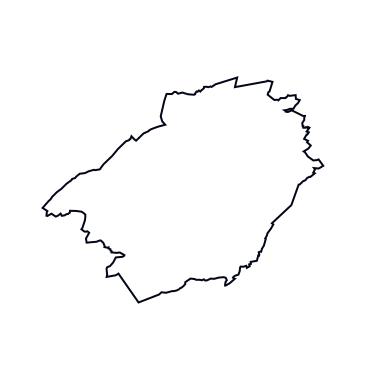 Mullingar Lea-6, Westmeath, Ireland (Equal Earth projection), rotated 151°
{"feature_id": "5873133B77871835478253", "entity_name": "Mullingar Lea-6", "entity_type": "district", "adm_level": 2, "iso_a3": "IRL", "parent_name": "Ireland", "parent_adm1": "Westmeath", "projection": "equal_earth", "projection_center": [-7.319, 53.526], "detail": "fine", "context": "isolated", "style": "outline", "palette": "ink", "viewbox_px": 384, "rotation_deg": 151, "n_neighbors": 0, "source": "geoboundaries", "source_scale": "gbopen_adm2", "svg_char_len": 3114}
<svg xmlns="http://www.w3.org/2000/svg" viewBox="0 0 384 384"><g transform="rotate(151 192 192)"><path d="M111.4,132.4L95.2,146.7L94.1,146.4L89.6,147.6L87.2,147.3L84.4,148.5L81.8,148.3L81.2,147.8L75.6,148.8L76.6,150.1L73.5,152.1L73.7,153.8L69.8,151.1L64.5,151.3L65.5,159.1L67.2,159.3L70.6,160.8L73.5,167.0L73.9,171.9L74.6,173.3L69.1,173.6L65.6,175.1L67.3,179.8L65.7,180.5L68.2,184.1L63.9,186.7L63.4,186.3L61.2,187.4L60.9,187.6L62.4,189.3L58.1,191.3L59.0,192.7L60.1,192.2L60.7,193.5L61.9,193.3L63.5,194.3L62.7,195.6L63.3,195.9L62.1,198.9L58.9,200.6L58.0,202.3L56.4,203.8L57.9,204.6L65.1,215.0L69.4,215.5L71.2,217.0L70.9,217.7L71.4,218.6L69.1,217.7L66.0,217.3L62.9,215.6L60.0,217.4L55.9,218.5L53.2,220.2L56.0,223.0L54.4,226.5L60.1,228.8L61.1,230.1L62.7,229.2L64.8,229.2L64.9,228.9L68.9,231.2L72.1,230.3L72.9,231.5L75.4,232.6L78.6,240.4L77.0,242.2L75.4,242.4L68.2,249.3L72.0,252.8L72.8,252.5L75.5,253.4L103.6,262.9L97.0,270.2L119.2,274.8L123.9,274.4L124.6,275.3L127.1,275.8L127.9,276.8L130.5,278.1L131.4,276.9L135.0,276.3L136.0,275.8L136.8,277.5L138.6,277.0L139.3,277.7L141.5,276.7L141.8,276.0L143.1,276.1L148.1,279.4L152.3,283.7L156.5,284.7L157.4,287.1L158.2,287.7L159.1,288.1L162.1,287.4L166.7,290.1L172.0,285.2L182.7,273.3L183.8,268.3L182.8,263.8L190.5,265.7L197.1,266.7L199.6,266.7L200.2,266.3L206.0,266.7L216.0,264.0L216.9,265.9L217.9,270.1L220.2,268.2L221.1,268.4L221.8,267.8L225.3,268.4L235.9,265.5L244.4,262.2L256.1,259.1L261.7,256.5L266.2,258.1L266.9,258.9L272.3,260.2L276.4,260.4L281.4,262.4L285.8,261.6L287.3,260.9L290.6,261.5L291.7,260.8L297.9,260.0L304.7,258.1L310.2,257.4L316.6,255.6L319.1,254.2L321.8,253.6L330.4,250.5L327.7,245.4L328.8,244.7L330.8,241.8L330.0,241.1L325.5,241.2L323.0,236.5L320.6,236.3L317.4,236.8L317.4,234.3L314.6,233.3L312.7,233.5L311.1,232.9L308.8,233.2L307.8,234.7L302.4,231.5L298.0,228.2L296.2,224.2L297.3,222.0L299.5,219.0L305.2,213.8L306.8,213.0L305.3,209.6L304.4,208.9L302.5,208.3L301.7,206.2L307.3,202.7L308.7,198.8L299.7,194.8L296.1,194.3L295.2,193.7L294.2,190.6L294.6,187.1L295.3,186.3L293.1,184.4L291.8,184.0L292.4,183.1L291.1,181.4L291.7,180.4L291.0,179.1L291.7,178.2L287.6,175.4L284.5,174.1L281.7,169.6L282.4,169.1L284.1,169.0L290.4,171.7L295.2,168.5L299.6,167.0L302.8,167.3L304.0,166.2L306.3,160.8L307.8,159.1L299.0,156.1L295.9,156.3L292.3,121.3L270.4,118.3L267.3,119.1L263.7,116.5L257.2,114.9L256.0,114.1L253.1,113.3L250.4,113.2L249.3,113.6L248.0,113.4L245.3,113.8L242.6,114.7L241.6,116.4L235.3,117.0L231.9,114.6L231.0,113.2L228.0,111.6L225.9,109.9L224.0,109.9L223.3,108.1L221.6,107.4L217.7,107.2L214.7,105.3L210.2,104.2L205.5,102.1L204.1,100.6L204.3,98.0L206.1,97.2L208.0,94.9L208.4,94.1L208.0,93.9L203.5,93.9L197.2,95.2L196.8,95.3L197.5,95.8L197.6,97.4L196.7,97.6L194.9,97.9L191.5,97.2L188.7,99.6L186.4,102.8L185.4,103.1L183.5,101.8L180.3,101.1L180.8,99.1L177.5,99.1L177.1,101.0L175.3,100.6L174.6,102.4L168.6,100.4L164.8,104.4L164.2,103.8L163.5,104.6L162.8,107.0L161.2,106.7L160.5,106.2L158.4,108.4L155.2,110.2L150.2,115.2L150.5,115.8L147.9,117.4L146.0,119.3L140.7,121.7L136.6,124.2L137.3,125.9L111.4,132.4Z" fill="none" stroke="#020617" stroke-width="2"/></g></svg>